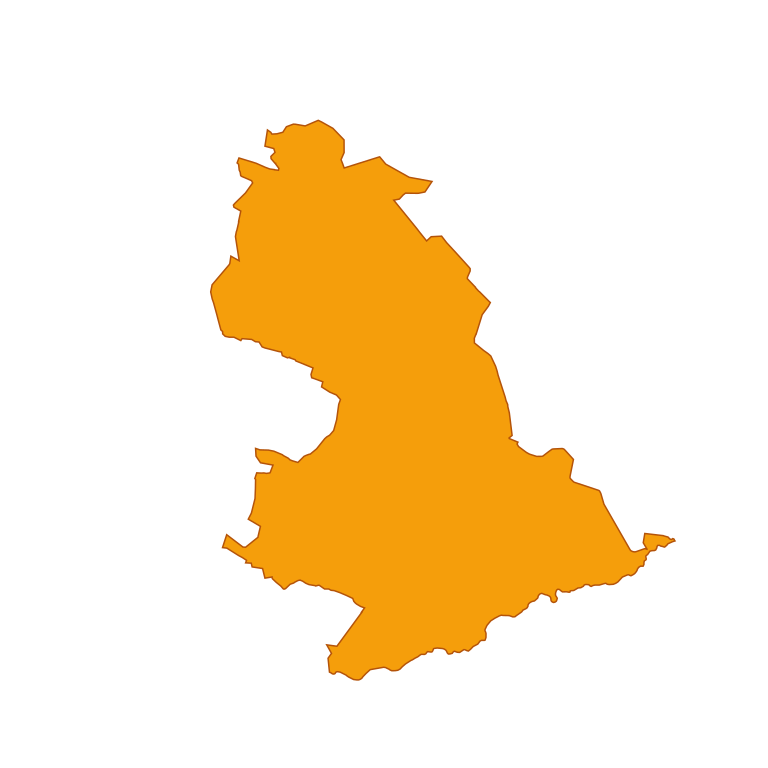 the district of Rencēnu pag., Burtnieku, Latvia, rotated 158°
{"feature_id": "27541924B42196495357588", "entity_name": "Rencēnu pag.", "entity_type": "district", "adm_level": 2, "iso_a3": "LVA", "parent_name": "Latvia", "parent_adm1": "Burtnieku", "projection": "mercator", "projection_center": [25.444, 57.701], "detail": "fine", "context": "isolated", "style": "filled", "palette": "amber", "viewbox_px": 768, "rotation_deg": 158, "n_neighbors": 0, "source": "geoboundaries", "source_scale": "gbopen_adm2", "svg_char_len": 6147}
<svg xmlns="http://www.w3.org/2000/svg" viewBox="0 0 768 768"><g transform="rotate(158 384 384)"><path d="M515.0,495.2L514.0,493.2L514.8,490.9L513.4,487.7L510.0,485.4L505.6,483.6L500.5,477.9L498.6,479.2L490.0,474.9L487.4,471.4L484.1,469.7L483.1,464.1L480.9,462.0L477.2,459.3L469.4,453.5L467.1,452.1L467.6,448.4L463.7,444.4L461.5,444.1L461.6,443.6L457.3,439.8L457.1,438.4L443.8,425.5L448.1,420.2L448.7,416.9L439.9,409.0L443.0,404.7L437.3,396.7L432.2,391.6L430.2,385.9L433.6,382.1L441.3,368.6L448.1,359.7L453.6,356.9L456.9,356.4L459.4,355.5L470.8,349.1L478.7,346.6L479.6,346.9L482.6,347.0L485.2,346.9L493.2,343.5L497.6,347.0L499.6,348.9L500.5,351.0L504.0,355.2L504.8,356.6L511.3,363.0L515.9,366.0L523.7,369.4L527.2,372.4L529.7,365.0L528.0,357.2L517.3,350.4L523.2,344.0L523.1,344.3L526.6,345.2L528.6,346.5L531.2,347.4L535.3,349.3L539.2,344.7L538.8,343.7L542.4,335.2L546.5,326.1L555.3,314.0L560.5,309.5L551.9,298.3L557.9,289.8L558.0,289.5L558.3,289.1L573.5,284.5L575.9,285.7L586.3,303.2L595.0,292.8L591.2,290.7L583.2,279.6L580.3,276.1L577.5,272.0L579.3,270.0L574.2,267.6L574.8,263.8L565.7,258.4L566.5,253.0L567.1,248.6L560.1,247.0L560.3,246.6L560.4,245.3L558.2,240.4L555.4,235.4L554.2,231.9L553.9,231.5L552.9,231.1L551.8,231.2L546.0,233.5L542.2,233.3L541.3,233.6L537.4,234.0L535.2,233.6L534.8,233.1L533.3,231.7L531.2,228.6L528.7,226.1L523.5,222.9L523.0,222.3L520.3,222.0L519.4,221.6L515.9,216.2L512.0,214.6L510.4,212.6L507.6,211.1L503.2,207.2L498.0,202.0L493.3,196.9L493.4,193.8L492.7,191.8L491.9,190.3L489.1,186.6L485.9,183.7L490.3,180.9L490.0,180.7L525.9,158.5L534.8,163.6L533.6,153.9L538.6,150.7L542.5,137.3L541.4,136.1L540.4,134.6L539.3,133.9L538.8,133.8L537.8,133.9L536.8,134.7L535.8,134.9L534.7,134.6L532.6,133.3L528.2,128.3L527.9,127.6L526.6,125.6L522.9,121.4L520.2,119.9L518.2,119.1L516.6,119.1L515.1,119.4L514.4,119.7L513.2,120.5L509.2,122.3L503.9,124.3L503.2,124.2L490.4,121.5L488.6,120.4L487.9,119.5L486.2,117.7L485.7,116.8L484.3,115.3L481.0,114.0L478.4,113.4L475.8,113.7L473.0,115.0L468.9,116.4L462.5,117.6L461.1,117.6L457.7,118.2L454.9,118.4L451.2,119.4L450.2,119.2L447.7,118.1L446.3,118.2L444.8,119.2L443.8,119.5L440.7,117.8L439.7,117.7L438.7,118.4L437.2,120.0L436.5,120.0L433.6,119.3L429.0,116.9L428.0,116.2L427.1,115.2L426.3,113.9L426.2,113.4L426.0,110.8L425.5,109.6L425.2,109.4L424.0,109.0L421.6,108.7L420.5,109.5L419.0,109.9L418.1,109.3L417.7,108.8L416.5,107.8L414.7,106.9L414.3,106.8L409.4,107.8L408.5,107.3L407.0,105.7L405.8,104.8L403.2,105.6L399.6,107.2L394.5,107.7L391.2,109.7L389.7,109.8L387.0,108.7L386.4,108.6L386.0,108.9L384.4,110.8L382.9,114.4L382.7,115.8L382.8,117.4L382.3,118.5L379.0,121.6L373.8,124.4L369.1,125.3L363.8,125.8L361.8,125.7L360.3,124.8L354.7,122.4L351.8,119.8L350.0,119.2L349.4,119.2L348.3,119.6L341.8,121.1L339.8,122.3L336.7,122.5L335.1,122.9L333.8,124.0L333.2,125.2L331.9,126.2L330.3,126.7L328.3,126.9L325.7,126.5L322.9,127.5L322.0,127.8L321.3,128.3L320.9,129.1L320.0,130.0L319.3,130.4L317.8,131.0L316.2,130.8L315.8,130.5L313.5,128.3L312.0,127.3L310.3,125.6L309.8,124.7L309.6,123.9L309.6,123.0L310.2,120.7L310.2,120.2L310.0,119.5L309.4,118.6L308.6,117.9L307.1,117.7L305.8,118.0L305.3,118.3L304.3,119.5L303.6,120.5L304.1,123.6L303.8,124.7L303.4,125.6L302.5,126.9L301.5,127.9L301.0,128.3L299.8,128.6L298.6,128.0L297.9,127.0L297.3,125.8L296.4,124.4L292.7,123.0L290.6,121.7L289.7,121.4L289.4,121.5L288.8,122.4L288.0,122.3L286.0,121.6L285.1,121.5L280.5,122.2L277.8,121.4L274.9,121.8L273.5,122.7L271.9,122.5L269.3,121.2L268.8,120.0L268.0,118.9L267.6,118.7L265.8,118.9L263.9,118.6L259.6,116.9L255.0,116.5L253.2,116.2L252.6,115.7L252.4,115.2L252.0,114.7L250.4,113.7L246.4,112.4L243.8,112.4L241.2,112.9L235.3,115.7L229.7,115.8L228.7,115.5L227.3,114.0L226.8,113.7L224.6,113.9L222.6,114.3L220.2,115.6L218.9,116.7L218.3,117.5L216.6,118.6L214.4,119.0L212.0,118.0L210.6,119.3L209.8,121.2L208.9,122.4L206.9,122.9L206.4,123.5L206.0,125.7L205.7,126.3L205.0,126.8L203.5,127.1L200.1,129.4L198.0,129.1L195.8,128.3L194.3,128.3L192.4,129.9L191.9,130.9L190.8,131.8L189.1,131.3L188.1,130.0L186.7,129.1L185.2,127.8L184.7,127.7L182.1,128.6L180.6,129.5L175.6,129.7L173.0,129.5L173.2,130.4L173.2,131.4L173.4,131.8L174.2,132.5L175.4,132.1L176.5,132.7L177.1,133.4L178.0,135.7L180.9,137.9L181.9,138.8L198.2,147.7L203.1,139.7L202.0,132.3L202.1,132.2L203.3,133.4L204.1,133.7L212.8,134.1L214.2,134.3L216.0,135.3L217.3,136.6L217.8,137.6L218.0,138.5L225.1,190.2L224.0,200.9L224.0,202.0L224.2,203.9L224.5,204.6L225.2,205.3L244.5,221.7L245.1,222.7L246.7,226.7L246.6,227.7L245.9,229.0L236.6,243.1L241.3,255.8L241.8,256.5L242.9,257.4L251.5,260.4L252.6,260.6L256.7,259.6L263.5,257.7L264.5,257.7L269.6,259.7L275.3,264.4L277.6,267.2L282.7,275.6L283.1,278.4L282.7,278.9L281.6,279.9L288.3,286.5L288.3,287.1L284.5,288.3L278.6,310.3L277.7,316.5L277.0,318.7L277.1,322.8L276.6,326.3L276.0,334.6L274.9,349.6L274.3,353.5L273.9,358.5L274.5,370.0L276.2,373.3L278.9,377.5L284.8,388.2L283.1,392.6L280.0,395.8L279.9,395.7L267.0,411.5L258.1,417.0L254.9,419.7L255.7,421.4L261.0,434.0L261.4,434.5L263.1,439.0L262.9,439.3L267.3,450.4L266.6,451.8L261.8,456.5L260.9,458.7L261.5,460.7L268.2,478.9L273.0,491.6L275.2,499.5L285.1,502.9L290.9,500.7L294.1,511.3L295.2,515.3L306.1,550.8L300.5,549.7L295.4,552.1L292.6,552.9L282.1,548.5L280.5,547.9L274.1,546.7L263.6,553.8L283.2,566.2L300.0,587.2L302.9,596.2L303.1,596.3L340.0,599.2L339.8,604.2L339.8,608.1L334.3,613.5L329.6,625.3L335.6,640.2L343.6,650.2L346.2,653.1L360.4,652.8L368.8,658.0L370.7,658.9L378.1,659.1L383.5,655.3L389.6,656.1L394.3,657.7L394.7,659.8L396.9,663.2L405.3,649.1L398.0,643.6L398.3,639.6L403.6,637.4L404.3,635.2L402.4,629.6L402.0,629.3L402.2,629.2L400.7,623.3L401.8,621.7L405.4,623.7L405.4,623.9L409.3,626.1L412.9,629.4L419.9,636.6L433.8,647.9L437.4,644.0L436.8,643.0L436.6,641.9L438.1,636.6L438.0,634.2L438.8,630.9L438.7,630.6L438.2,629.8L430.6,622.1L430.5,619.6L440.9,613.0L454.8,607.3L456.6,606.3L456.9,604.1L452.0,598.0L457.4,590.0L458.0,589.0L457.8,588.9L457.9,588.7L462.8,581.7L463.9,580.5L466.5,576.4L472.1,552.5L478.1,559.9L481.8,553.5L482.9,552.6L506.2,540.4L510.2,534.3L511.4,527.3L511.6,523.1L513.0,511.1L513.5,507.4L515.0,495.2Z" fill="#f59e0b" stroke="#b45309" stroke-width="1.5"/></g></svg>